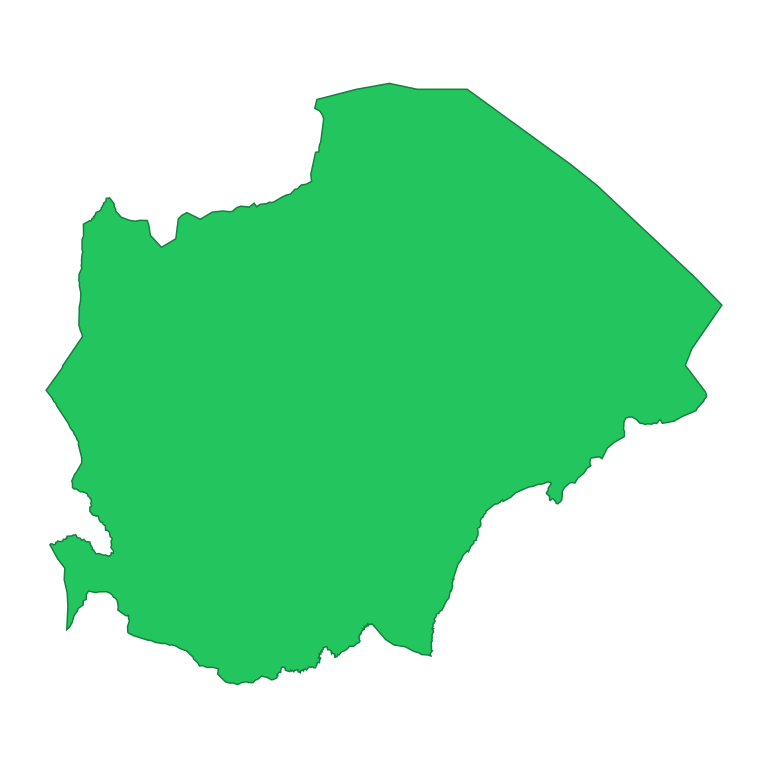 Pru East, Brong Ahafo, Ghana (Robinson projection)
{"feature_id": "2480657B24672710685383", "entity_name": "Pru East", "entity_type": "district", "adm_level": 2, "iso_a3": "GHA", "parent_name": "Ghana", "parent_adm1": "Brong Ahafo", "projection": "robinson", "projection_center": [-0.909, 8.134], "detail": "fine", "context": "isolated", "style": "filled", "palette": "green", "viewbox_px": 768, "rotation_deg": 0, "n_neighbors": 0, "source": "geoboundaries", "source_scale": "gbopen_adm2", "svg_char_len": 6007}
<svg xmlns="http://www.w3.org/2000/svg" viewBox="0 0 768 768"><path d="M721.9,305.1L694.6,277.1L597.3,185.7L570.3,164.2L467.2,89.3L417.1,89.3L389.3,83.4L356.4,89.3L316.9,99.5L314.7,108.5L319.3,110.6L321.8,113.8L323.6,118.4L323.5,120.5L320.7,142.2L319.4,145.0L318.8,151.9L315.6,152.3L310.8,174.4L311.6,181.5L305.9,184.3L301.4,184.9L297.4,188.9L294.9,189.3L290.6,194.0L286.3,195.1L282.0,197.1L273.9,201.9L271.8,202.6L269.2,202.2L267.0,203.6L260.4,204.3L256.6,206.7L254.1,203.2L249.3,207.1L240.7,206.2L236.8,207.6L232.4,211.3L229.6,211.7L222.5,211.0L212.1,212.2L200.3,219.3L186.9,212.6L181.7,215.4L178.3,219.0L175.8,238.8L161.4,247.3L150.4,235.4L148.9,225.8L147.3,220.5L139.7,220.3L135.6,221.2L129.4,220.3L121.2,217.2L115.8,211.2L115.5,208.5L114.3,207.3L114.1,203.8L109.7,197.9L106.2,198.4L105.9,201.4L103.5,203.2L103.7,204.2L102.3,206.1L102.2,207.2L101.3,207.8L101.3,209.2L99.1,211.4L96.1,212.4L94.5,216.2L93.6,216.4L93.8,218.0L92.2,218.4L91.0,221.0L89.7,220.7L83.4,224.2L83.6,236.0L82.1,239.5L82.0,249.1L82.8,252.4L82.1,254.3L81.5,260.4L81.7,263.1L81.2,265.4L81.8,268.3L79.1,274.2L78.9,280.7L79.5,282.4L79.4,286.2L80.8,292.6L80.5,301.1L79.3,306.7L78.9,324.8L80.2,330.0L82.1,334.3L82.4,336.7L62.8,365.6L62.3,367.8L46.1,390.3L52.3,398.2L54.0,401.6L55.7,403.1L56.7,405.8L68.2,423.2L70.7,428.5L73.2,431.4L74.3,434.4L75.8,436.2L77.5,440.6L78.8,441.8L78.3,444.0L81.7,457.9L81.7,462.9L76.8,471.6L74.6,474.5L71.7,481.2L72.4,482.6L72.5,487.6L74.2,489.0L76.3,489.0L80.3,491.7L82.7,491.8L87.1,493.5L88.2,496.4L90.0,497.7L90.2,498.8L91.1,499.0L91.4,502.2L90.7,503.1L91.6,506.0L89.9,507.3L89.9,511.3L92.5,514.8L96.5,516.2L97.4,515.7L98.3,516.0L99.1,519.7L100.7,522.1L102.1,522.3L103.3,524.3L105.3,525.8L105.6,530.3L107.0,530.3L109.4,532.0L110.2,536.6L111.8,537.9L112.2,538.9L111.1,541.1L111.5,545.5L110.9,547.6L113.5,550.8L113.2,553.2L111.3,552.7L111.1,555.0L108.4,556.3L105.5,554.9L104.0,555.3L99.0,553.5L96.0,554.0L93.2,549.6L92.2,549.5L92.3,547.7L90.6,545.0L89.8,542.0L85.6,541.5L84.0,539.4L81.5,540.1L80.2,538.3L77.0,537.5L76.5,535.7L75.4,534.7L74.4,535.3L73.3,535.0L72.0,535.9L67.0,536.3L67.1,538.1L66.2,538.0L65.8,539.3L63.3,539.3L63.0,540.7L60.7,541.7L57.6,541.0L56.8,542.4L55.8,542.4L55.5,544.1L54.0,544.9L52.1,543.9L50.6,543.9L49.9,544.7L57.5,558.5L64.8,568.1L64.2,579.8L67.2,592.8L67.9,606.6L66.8,629.6L69.4,627.3L72.1,622.5L74.1,615.4L76.9,611.7L78.3,608.4L83.2,604.8L83.2,601.0L86.3,599.3L86.3,594.6L88.5,591.1L95.9,592.6L99.1,591.8L106.5,591.7L109.9,593.1L112.2,594.9L113.5,597.2L115.3,598.1L117.1,600.2L118.3,606.7L117.8,610.0L125.5,615.5L127.3,615.8L128.4,615.3L128.5,618.5L129.4,620.8L127.5,626.8L127.8,632.1L128.5,633.1L133.7,635.7L147.7,640.1L151.4,640.6L155.1,642.3L162.9,643.6L164.9,643.3L169.7,645.2L171.4,644.8L175.7,645.9L180.0,648.5L186.5,650.9L193.2,657.3L193.6,658.9L197.9,663.0L199.5,666.0L202.8,665.6L206.7,667.4L213.3,667.4L218.5,668.8L217.6,674.0L225.6,682.0L230.5,683.2L232.6,682.8L237.8,684.6L241.5,682.6L246.1,681.7L248.9,682.6L253.2,682.6L255.0,680.4L258.1,679.0L261.4,676.1L267.1,677.4L271.5,679.8L273.4,679.5L276.9,677.8L276.9,675.3L277.8,675.6L277.6,673.8L279.3,672.3L280.6,672.4L281.0,668.5L282.5,666.9L284.6,667.5L285.3,668.4L285.2,670.0L286.7,670.7L289.9,671.6L290.7,670.1L291.5,671.0L292.4,670.5L293.7,671.7L294.1,670.7L297.6,669.6L298.1,671.6L299.1,672.3L299.9,671.6L300.4,672.4L300.7,670.5L302.0,670.6L302.7,669.9L303.6,670.9L304.1,669.1L305.8,669.0L306.5,670.0L309.0,666.8L310.1,667.3L313.0,666.9L313.6,667.7L315.4,667.8L317.3,663.5L317.2,662.4L319.4,662.7L319.7,660.0L320.6,658.2L320.1,657.6L319.0,658.5L318.3,658.0L319.5,655.7L319.1,653.7L320.9,654.0L320.8,651.8L322.2,651.8L321.6,650.6L323.2,649.4L323.0,647.8L326.7,646.5L327.8,649.7L330.0,649.8L331.0,650.6L331.5,653.6L332.1,652.5L332.9,653.6L334.6,653.8L334.7,656.8L335.4,656.3L335.7,657.1L337.1,656.5L338.0,654.9L337.4,654.2L338.9,654.9L341.6,651.8L345.1,650.4L347.6,648.6L349.3,646.3L353.5,646.3L357.1,643.3L359.1,642.6L360.0,641.2L359.1,638.8L359.6,637.9L358.8,636.9L359.9,634.6L360.6,634.4L360.5,633.3L361.1,633.2L361.7,631.3L363.4,629.6L363.0,629.0L364.3,629.2L364.0,628.0L365.0,627.5L364.3,626.6L365.7,625.7L366.7,626.6L367.4,624.2L368.2,625.6L369.1,624.0L369.6,624.6L372.1,623.9L385.5,639.4L394.0,644.9L405.3,646.8L414.0,651.4L419.1,652.9L421.5,654.5L428.0,655.0L430.9,656.0L430.3,653.5L432.3,650.8L431.7,650.7L431.5,649.1L431.3,641.6L432.2,641.1L431.8,638.7L432.3,637.3L431.9,635.9L432.8,632.3L433.6,631.9L432.9,630.0L433.5,628.8L432.2,628.8L432.3,628.1L433.1,626.7L432.8,625.6L433.4,623.3L434.2,623.0L435.1,621.0L434.3,620.0L434.3,618.8L435.7,617.1L437.1,613.6L438.8,613.4L439.4,611.7L442.0,610.1L446.6,600.6L448.7,598.5L450.2,591.7L451.5,590.8L451.0,590.1L451.9,589.2L452.6,585.8L452.0,582.9L452.7,582.1L452.8,580.0L453.5,579.7L453.2,578.8L453.8,578.8L453.5,577.8L458.1,563.9L460.7,560.4L463.4,554.8L467.4,550.9L468.5,551.8L470.7,546.4L473.8,543.2L473.8,541.1L476.5,540.2L476.4,538.3L478.0,535.3L478.0,530.8L477.4,528.5L479.6,527.3L479.8,526.3L480.6,526.0L480.9,524.0L480.3,520.8L481.3,518.5L483.4,516.6L484.1,514.3L485.8,513.1L486.0,511.2L494.8,504.1L497.4,503.9L500.5,501.8L502.3,499.6L503.1,501.4L510.8,497.2L515.5,492.8L528.7,487.0L533.1,486.3L537.6,484.5L542.7,483.9L548.0,481.8L550.6,482.5L551.3,483.5L548.2,488.2L548.2,490.2L546.5,492.8L546.5,493.7L549.5,496.2L549.6,500.0L550.3,500.5L552.2,498.7L553.0,498.6L555.8,501.8L556.1,503.3L557.7,503.8L560.7,501.4L561.9,499.2L562.4,491.3L564.6,487.3L569.8,482.9L571.9,482.5L575.0,483.0L577.8,478.0L583.7,473.4L587.4,467.9L590.8,465.8L590.2,464.9L589.9,462.1L590.3,459.2L591.2,458.0L599.2,456.8L602.0,458.6L607.3,448.1L613.7,442.7L624.4,436.5L624.5,431.5L623.6,429.5L624.0,421.7L625.7,418.2L628.5,417.1L632.0,417.0L636.6,419.6L640.0,423.3L642.7,423.4L645.2,424.6L647.3,423.8L651.8,424.2L654.1,423.0L656.7,423.5L659.7,419.6L661.0,420.7L662.3,423.2L663.7,423.1L674.1,421.1L682.8,416.2L696.0,410.6L697.3,408.1L703.5,401.5L704.5,399.2L706.4,397.0L706.5,395.6L705.5,392.0L685.3,365.3L691.9,348.7L721.9,305.1Z" fill="#22c55e" stroke="#15803d" stroke-width="1.5"/></svg>